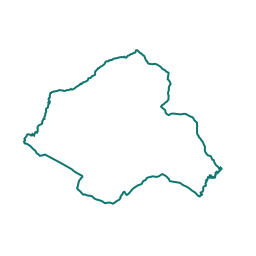 Iguatemi, Mato Grosso do Sul, Brazil, rotated 101°
{"feature_id": "56859067B32573780362685", "entity_name": "Iguatemi", "entity_type": "district", "adm_level": 2, "iso_a3": "BRA", "parent_name": "Brazil", "parent_adm1": "Mato Grosso do Sul", "projection": "mercator", "projection_center": [-54.542, -23.417], "detail": "fine", "context": "isolated", "style": "outline", "palette": "teal", "viewbox_px": 256, "rotation_deg": 101, "n_neighbors": 0, "source": "geoboundaries", "source_scale": "gbopen_adm2", "svg_char_len": 5817}
<svg xmlns="http://www.w3.org/2000/svg" viewBox="0 0 256 256"><g transform="rotate(101 128 128)"><path d="M66.6,161.9L67.3,162.6L68.5,163.0L69.7,163.3L70.3,163.7L71.8,165.1L73.3,166.9L74.7,167.9L75.1,168.8L75.9,168.9L76.4,169.5L77.6,170.1L78.6,170.9L79.7,170.9L80.8,170.6L82.3,170.7L82.8,171.5L83.3,172.1L83.7,172.8L85.5,174.2L86.2,174.5L86.4,175.6L86.9,176.4L87.9,176.4L89.1,176.8L90.1,177.9L91.2,179.5L91.6,180.4L92.2,181.1L92.8,181.5L93.6,181.9L93.6,183.0L94.3,183.1L94.7,183.8L95.8,184.6L96.4,185.2L97.3,186.4L98.3,187.2L99.7,188.4L100.4,189.2L101.0,190.6L100.5,191.6L101.2,192.0L101.7,193.0L102.3,193.9L102.4,195.1L102.9,195.8L103.7,197.1L103.8,198.0L103.6,199.0L103.8,200.2L103.8,202.4L104.4,203.5L105.0,204.3L105.4,205.0L105.7,206.1L106.1,207.0L106.4,207.9L107.0,208.9L107.4,209.7L108.2,210.0L108.4,210.8L109.2,210.9L110.3,211.1L111.3,210.9L112.3,210.7L113.1,210.6L113.7,211.3L114.5,211.5L115.4,211.3L115.8,210.7L116.4,210.2L117.9,210.9L117.7,209.8L118.7,209.8L120.0,210.6L121.5,210.7L122.9,210.5L123.8,211.1L124.5,211.9L125.4,212.1L126.4,211.9L127.5,211.4L129.8,212.0L131.2,211.6L132.3,211.9L133.2,212.3L135.0,211.7L135.4,212.8L136.8,213.0L138.1,213.5L139.9,213.0L141.0,214.0L141.5,214.7L141.9,215.4L142.4,216.0L143.1,216.5L144.1,216.9L145.2,216.9L146.0,216.4L146.8,216.4L148.7,216.0L150.0,216.4L149.5,217.6L150.0,218.2L151.2,218.4L152.3,218.7L153.3,218.7L152.9,219.7L152.1,220.6L152.8,221.3L153.6,220.9L153.9,221.8L153.4,222.5L153.3,223.3L153.2,224.3L153.4,225.4L154.0,225.9L154.8,226.0L155.8,226.1L157.2,227.1L158.4,227.6L159.3,226.7L160.2,226.8L161.0,227.5L162.1,227.0L162.9,226.3L162.7,224.7L163.7,222.0L164.0,221.1L164.4,220.4L165.0,219.5L166.1,218.0L166.8,217.1L167.2,216.0L167.6,215.2L168.5,214.2L169.3,213.5L170.1,212.9L170.5,212.2L170.8,211.1L172.1,209.2L171.6,207.9L171.4,207.0L170.8,206.2L170.4,205.2L169.9,204.4L175.4,186.6L179.3,175.1L179.9,174.2L180.5,173.2L181.7,170.2L182.0,169.4L182.5,167.9L182.7,166.9L183.1,166.1L183.4,164.8L183.6,164.1L184.8,163.5L185.8,164.3L186.8,164.7L188.0,165.4L189.3,165.9L190.6,166.1L194.1,166.2L195.0,166.1L196.7,166.6L197.8,165.5L198.4,164.5L199.3,162.9L200.9,160.8L201.6,159.9L202.0,159.1L201.4,158.1L201.6,157.1L201.9,155.8L202.0,154.5L201.8,152.9L201.7,150.7L202.4,149.5L203.3,148.0L203.9,146.9L204.2,145.0L204.3,143.9L204.3,143.0L204.7,139.9L205.0,138.9L206.1,136.6L206.1,135.7L205.4,134.4L205.1,133.4L204.9,132.6L204.7,131.5L204.8,130.7L204.9,129.9L205.0,129.1L205.2,128.4L204.0,127.0L201.9,125.2L200.4,123.3L199.8,122.7L198.9,122.4L198.0,121.9L197.0,122.3L195.5,121.7L193.9,120.7L193.0,120.8L192.2,120.4L191.3,119.5L191.8,118.8L192.7,118.1L193.4,117.3L194.0,116.6L193.5,115.9L192.3,114.8L191.2,114.2L189.5,113.1L188.3,112.6L187.2,112.0L186.5,111.4L185.6,110.7L185.0,110.1L184.5,109.4L182.9,107.9L182.2,107.1L181.4,105.5L180.8,104.5L180.3,103.9L179.5,103.6L178.5,103.4L177.3,103.0L176.4,101.9L176.0,101.1L175.2,100.6L173.5,100.0L172.8,99.1L172.5,98.1L171.7,96.7L171.1,95.3L170.6,93.8L170.7,92.5L170.6,91.4L170.4,90.3L170.0,89.3L169.2,88.1L168.1,87.1L167.2,86.2L166.7,85.4L167.2,83.8L167.8,81.9L168.4,80.8L169.6,79.2L170.1,78.3L171.1,77.6L172.2,76.7L171.9,66.2L172.6,65.2L173.4,63.3L173.9,61.7L174.4,59.3L175.0,57.7L175.4,56.7L176.6,54.3L177.3,53.1L177.7,52.1L178.1,50.9L178.6,49.8L179.1,49.1L179.5,48.3L180.1,47.7L180.8,46.8L181.4,45.6L181.5,44.5L180.2,44.1L179.9,43.2L179.3,42.6L178.7,43.1L178.2,44.0L177.5,44.4L176.2,42.6L175.4,42.4L174.6,42.2L173.8,42.4L172.6,42.8L171.4,42.7L170.5,41.9L170.0,40.7L168.8,40.8L167.9,41.4L167.2,41.4L166.3,40.9L165.2,40.6L164.8,41.4L163.9,41.1L163.3,40.1L162.0,40.2L161.0,40.0L161.2,38.8L161.1,37.8L160.9,36.4L160.4,37.4L159.7,38.7L158.9,38.7L158.7,37.6L159.8,36.5L159.8,35.2L160.0,33.2L159.2,33.1L158.5,33.1L157.6,33.5L157.0,32.9L156.0,33.1L155.3,33.5L154.7,33.1L153.9,32.4L154.2,31.7L154.9,31.3L153.9,30.7L152.7,30.2L151.9,29.3L151.1,29.0L150.4,28.4L149.8,28.7L149.2,29.5L150.2,29.8L150.5,30.9L149.7,31.2L149.1,31.9L148.7,32.8L148.1,33.7L147.5,34.8L145.7,36.3L143.9,37.4L143.0,37.9L143.1,39.0L141.2,40.4L140.2,41.0L139.8,42.1L139.7,43.4L139.3,44.9L138.7,45.8L137.9,46.2L136.9,47.5L135.9,48.0L135.0,48.3L134.0,48.6L132.2,48.7L131.0,49.4L130.0,50.3L128.0,51.5L127.1,52.1L126.4,53.3L125.7,54.0L124.7,54.8L123.4,56.7L122.3,57.2L121.6,58.0L121.0,58.7L120.2,59.1L119.5,59.3L118.6,59.5L117.2,59.7L116.2,60.0L114.1,60.4L113.1,60.4L112.4,60.5L111.6,61.0L110.6,61.1L109.8,61.2L109.2,61.9L108.8,62.6L108.4,63.3L108.0,64.0L107.4,64.6L105.9,65.8L105.3,66.6L104.9,67.4L104.9,68.4L104.5,70.0L104.2,70.8L104.0,71.8L103.7,72.8L103.2,73.7L103.2,74.6L103.4,75.6L103.6,76.4L104.2,77.7L104.6,79.0L105.2,86.5L105.5,87.7L106.2,89.0L106.8,89.5L107.6,90.5L107.0,92.4L106.3,93.5L105.3,94.2L104.3,94.5L103.4,95.0L102.7,96.0L102.4,96.7L102.0,97.6L101.4,98.5L100.8,99.6L99.8,99.3L98.9,98.7L98.4,98.2L98.0,97.6L97.4,97.1L96.7,96.8L95.3,95.5L94.5,94.7L93.4,94.3L92.5,93.7L90.3,94.1L88.6,94.2L87.7,94.8L86.9,95.2L86.0,95.4L84.9,95.3L83.8,95.3L83.1,95.2L82.3,95.2L81.0,95.6L79.2,95.5L78.2,95.3L77.6,94.9L76.8,94.6L76.0,94.9L75.3,95.5L74.6,95.9L73.7,96.6L73.0,97.6L72.5,98.4L69.9,98.5L68.2,98.5L67.1,98.6L66.0,98.8L65.6,100.0L65.3,101.4L64.7,102.0L64.2,102.8L63.9,104.0L63.6,105.2L63.2,105.8L62.4,106.6L61.7,107.7L61.0,109.3L60.6,110.5L60.1,111.9L59.9,113.3L60.1,114.5L60.8,116.4L60.8,117.4L60.9,118.6L60.9,119.9L60.5,120.7L59.9,121.5L59.1,121.8L58.4,122.9L57.6,123.7L56.5,124.3L54.8,125.3L54.1,126.0L53.8,127.1L53.2,127.7L52.7,128.6L52.1,129.9L51.8,131.1L50.3,132.8L49.9,133.9L50.3,135.0L52.1,135.1L52.9,135.8L53.4,136.9L54.0,137.6L54.7,138.4L55.0,139.4L55.8,140.0L56.6,140.9L57.2,142.0L59.3,143.2L59.4,144.2L58.7,145.0L59.1,145.7L59.6,146.6L59.5,147.8L59.9,148.6L60.1,149.4L60.8,150.9L61.9,153.1L62.7,155.3L63.2,155.9L64.4,156.9L64.5,157.9L65.0,158.7L65.2,159.5L66.0,159.7L66.4,160.4L66.6,161.9Z" fill="none" stroke="#0f766e" stroke-width="2"/></g></svg>